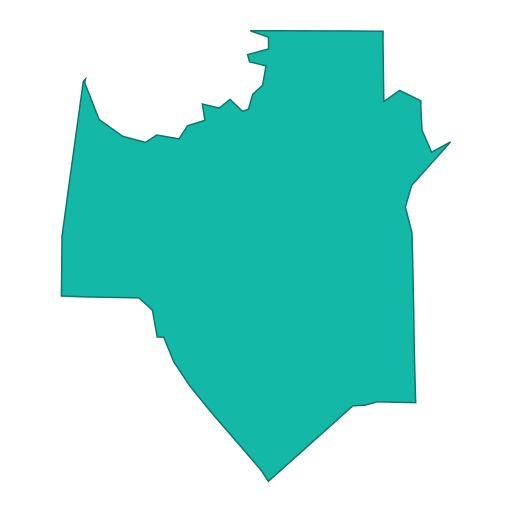 outline of Marshall, Alabama, United States of America
{"feature_id": "52423323B91350179619182", "entity_name": "Marshall", "entity_type": "district", "adm_level": 2, "iso_a3": "USA", "parent_name": "United States of America", "parent_adm1": "Alabama", "projection": "albers", "projection_center": [-86.327, 34.349], "detail": "fine", "context": "isolated", "style": "filled", "palette": "teal", "viewbox_px": 512, "rotation_deg": 0, "n_neighbors": 0, "source": "geoboundaries", "source_scale": "gbopen_adm2", "svg_char_len": 894}
<svg xmlns="http://www.w3.org/2000/svg" viewBox="0 0 512 512"><path d="M157.2,337.0L163.8,337.2L173.7,361.7L183.9,377.0L189.8,385.9L206.4,406.4L212.7,414.0L260.8,469.8L268.4,481.3L352.9,405.8L365.0,405.2L377.4,401.8L415.7,402.7L415.3,389.6L414.2,345.5L413.8,315.9L412.9,269.9L412.0,233.0L405.4,206.9L411.7,185.3L450.6,141.9L431.6,152.2L422.1,130.5L420.9,109.0L420.8,100.8L399.6,90.4L383.8,101.6L383.0,40.9L383.1,31.3L357.5,31.0L259.0,30.7L257.3,30.7L250.9,30.8L251.0,31.1L268.5,37.2L268.6,48.9L247.6,54.6L249.5,61.8L266.0,65.9L262.6,85.2L252.7,94.3L248.5,109.1L242.6,111.4L230.0,99.4L219.2,108.1L202.4,104.0L204.9,120.3L187.5,125.8L179.0,138.9L156.7,135.0L145.6,142.4L122.6,136.3L99.8,120.0L99.0,119.2L84.8,83.0L85.5,79.0L83.3,81.5L68.0,192.2L67.8,193.9L62.0,236.3L61.7,271.7L61.4,296.0L85.5,296.9L139.0,297.9L152.4,310.2L157.2,337.0Z" fill="#14b8a6" stroke="#0f766e" stroke-width="1.5"/></svg>